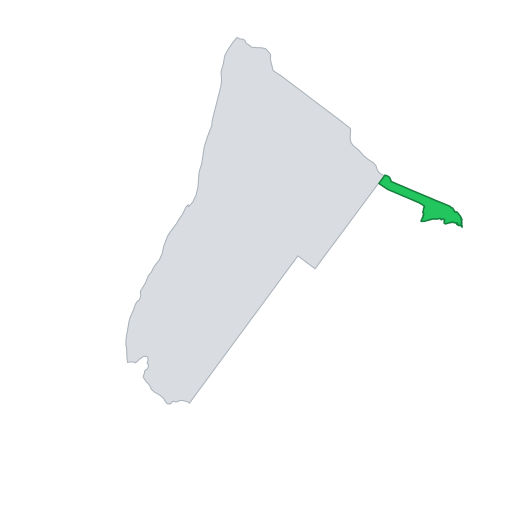 Caprivi highlighted on a map of Namibia, rotated 37°
{"feature_id": "NAM-3356", "entity_name": "Caprivi", "entity_type": "Region", "adm_level": 1, "iso_a3": "NAM", "parent_name": "Namibia", "parent_adm1": "", "projection": "equal_earth", "projection_center": [23.77, -17.975], "detail": "fine", "context": "in_parent", "style": "filled", "palette": "green", "viewbox_px": 512, "rotation_deg": 37, "n_neighbors": 0, "source": "natural_earth", "source_scale": "10m", "svg_char_len": 6226}
<svg xmlns="http://www.w3.org/2000/svg" viewBox="0 0 512 512"><g transform="rotate(37 256 256)"><path d="M362.2,104.4L366.9,103.2L371.3,102.0L376.5,100.9L380.6,100.0L381.7,99.7L391.6,100.8L395.9,101.5L397.4,102.3L399.4,104.2L403.0,108.8L402.1,108.7L395.4,109.6L392.9,110.9L387.2,116.4L386.0,115.7L384.6,114.5L383.5,114.2L381.0,115.5L378.5,117.1L375.7,119.3L373.5,121.5L372.7,122.7L369.2,127.2L368.0,127.9L367.0,128.2L366.6,128.0L366.2,126.1L364.0,121.6L360.5,115.6L359.5,115.1L358.8,114.8L356.2,115.1L348.6,116.8L342.3,118.2L332.6,120.6L322.1,122.6L315.7,123.8L310.1,124.1L310.1,130.0L310.2,141.9L310.3,153.7L310.4,165.6L310.5,177.4L310.6,189.2L310.6,201.0L310.7,212.7L310.8,224.5L310.9,229.6L310.7,230.7L307.5,230.7L300.3,230.7L294.3,230.7L289.4,230.7L289.5,237.7L289.5,245.9L289.6,254.1L289.7,262.3L289.8,270.5L289.9,278.7L290.0,286.9L290.1,295.1L290.2,303.2L290.2,309.4L290.2,310.1L290.4,322.0L290.5,334.6L290.6,347.2L290.8,359.8L290.9,372.3L291.1,384.8L291.2,397.3L291.4,409.7L291.4,413.7L289.3,413.6L285.0,415.2L282.2,417.1L281.1,419.6L279.5,421.0L277.6,421.6L276.7,422.8L277.0,424.8L276.2,426.2L274.5,427.3L271.7,427.0L267.7,425.3L262.7,425.0L256.7,425.8L252.3,425.4L249.7,423.7L246.8,422.8L243.9,422.5L242.1,421.8L238.6,420.6L237.9,418.4L237.4,416.8L236.4,415.1L236.2,413.7L237.0,412.6L237.1,410.9L236.5,408.6L235.5,407.5L234.1,407.5L233.2,406.6L232.8,404.8L232.0,403.4L230.0,401.9L227.4,403.0L226.3,404.6L225.6,407.2L225.0,408.5L224.7,410.6L224.6,412.1L224.0,413.7L223.3,414.4L222.6,414.1L221.3,414.7L218.4,417.1L217.6,418.3L215.2,416.1L208.1,407.5L205.6,405.3L201.9,400.1L193.6,383.9L192.4,380.7L190.6,372.8L188.7,367.0L188.5,363.6L189.2,361.7L188.7,359.1L187.7,356.8L184.9,353.8L183.9,343.6L181.9,337.0L182.1,331.6L181.1,326.6L181.0,323.4L181.2,317.4L179.6,310.4L176.4,303.6L173.5,293.7L173.0,289.4L173.0,277.8L172.4,273.0L172.3,267.4L171.1,261.6L170.5,258.5L171.2,256.0L171.7,256.8L172.5,257.1L172.9,253.8L173.0,250.9L171.5,243.6L168.3,236.1L160.5,224.0L158.6,219.4L157.4,215.5L148.7,199.5L144.9,188.1L142.1,178.3L139.3,173.8L125.9,141.8L123.0,136.7L117.8,130.6L116.6,128.6L114.5,122.7L110.5,114.9L109.4,107.6L109.0,99.3L109.3,92.9L112.7,92.3L115.1,90.6L117.3,90.5L119.5,91.8L121.8,91.9L122.7,91.7L126.8,91.9L129.1,90.4L131.9,88.8L133.4,87.5L135.7,86.1L138.6,84.7L140.3,84.8L142.4,85.4L145.2,85.9L146.8,86.8L148.8,89.8L151.7,92.5L153.8,94.1L156.3,96.2L157.1,97.0L158.2,97.5L158.8,97.6L163.3,97.3L167.4,97.0L171.8,97.0L180.2,97.0L188.5,97.0L196.8,97.0L205.1,97.1L213.4,97.1L221.7,97.1L230.0,97.1L238.4,97.1L241.8,97.1L247.7,97.2L253.9,97.3L254.6,97.5L255.3,98.1L255.9,98.6L258.2,102.3L261.0,106.2L263.4,108.0L266.2,109.1L268.8,109.5L271.3,109.3L275.4,109.8L281.1,111.0L287.0,111.4L293.1,110.9L297.4,111.6L299.9,113.5L302.5,114.8L305.1,115.4L308.6,115.0L313.1,113.6L316.8,113.8L318.6,114.8L319.7,114.9L326.2,113.3L331.4,112.1L339.3,110.1L345.8,108.5L355.5,106.1L362.2,104.4Z" fill="#d9dde1" stroke="#a8b0b8" stroke-width="1"/><path d="M319.0,115.3L319.4,115.1L321.0,114.7L326.4,113.4L331.8,112.0L337.3,110.7L342.7,109.4L347.2,108.2L351.6,107.1L356.0,106.0L360.5,104.8L362.3,104.4L363.1,104.2L363.9,104.0L364.3,104.0L365.0,103.8L365.9,103.5L366.8,103.3L367.8,103.0L368.7,102.8L369.6,102.5L370.5,102.3L371.5,102.1L372.4,101.8L373.3,101.6L374.3,101.3L375.2,101.1L376.1,100.8L377.1,100.6L378.0,100.3L378.9,100.1L379.8,99.8L380.5,99.7L380.9,99.6L381.3,99.7L382.4,99.8L382.7,99.9L382.8,99.8L383.8,99.5L384.1,99.4L384.5,99.5L385.5,99.9L386.1,100.1L386.5,100.4L387.1,100.5L387.4,100.9L387.6,101.0L387.9,101.2L388.1,101.2L388.3,101.2L388.5,101.1L388.9,100.7L389.1,100.5L389.2,100.3L389.4,100.1L389.6,100.0L390.6,100.0L392.4,100.4L392.5,100.5L392.8,100.8L393.0,100.8L393.7,100.8L395.2,101.2L395.8,101.5L396.1,102.0L396.5,101.8L396.8,102.0L397.0,102.5L397.4,102.8L397.6,102.9L398.0,102.7L398.3,102.7L398.1,103.2L398.1,103.4L398.3,103.7L398.4,103.8L398.5,103.8L398.8,103.8L399.3,104.4L399.5,105.3L399.7,105.5L399.9,105.6L400.0,105.8L400.1,106.0L400.3,105.7L400.7,106.1L400.8,106.3L400.8,106.7L400.8,106.8L400.9,107.0L401.1,107.1L401.3,107.2L401.5,107.7L401.7,107.8L402.1,107.8L402.4,107.9L402.7,108.2L402.9,108.5L403.0,108.8L401.6,108.5L400.7,108.5L400.0,109.4L399.3,109.8L398.6,109.8L398.4,109.2L397.8,109.7L397.5,109.8L397.4,109.4L397.0,109.6L396.9,109.5L396.7,109.2L396.6,108.6L396.4,108.7L396.3,108.8L396.2,109.0L395.9,109.3L394.3,110.0L393.9,110.0L393.5,110.2L393.0,110.7L392.5,110.8L392.4,110.9L392.3,111.3L392.1,111.4L391.9,111.5L391.7,111.6L391.4,111.8L390.8,112.8L390.1,113.4L389.8,113.8L388.7,115.5L388.2,116.1L388.1,116.3L387.9,116.4L386.9,116.5L386.7,116.6L385.9,115.7L385.9,115.3L385.8,115.1L385.6,115.0L385.5,114.8L385.1,113.9L384.8,113.6L384.4,113.5L383.6,113.4L383.3,113.6L382.9,114.0L382.3,115.4L382.1,115.6L381.9,115.6L381.5,115.3L381.3,115.2L380.9,115.1L380.4,115.2L379.7,115.7L378.6,117.3L377.9,118.0L377.1,118.2L376.9,118.3L376.3,119.1L376.1,119.3L375.5,119.6L375.2,119.9L375.1,120.0L374.9,120.0L374.7,120.0L373.9,120.7L373.8,121.7L373.5,122.1L372.8,122.7L372.5,123.0L372.2,123.8L371.9,124.1L371.6,124.2L369.5,127.1L369.2,127.3L368.8,127.4L368.2,128.2L368.1,128.3L367.2,128.8L366.8,128.8L366.6,128.5L366.4,127.3L366.0,126.0L365.9,125.6L366.2,125.0L366.0,124.4L365.3,123.4L365.4,122.9L365.3,122.7L365.1,122.4L365.0,122.1L364.9,121.8L364.7,121.6L364.4,121.6L364.1,121.4L363.9,121.2L363.6,120.7L363.3,120.3L363.1,120.6L362.9,120.6L362.7,120.5L362.6,120.4L362.6,119.8L362.6,119.6L362.5,119.3L361.8,118.3L361.5,117.6L361.3,117.2L361.2,117.0L361.2,116.8L361.2,116.1L360.8,115.9L360.8,115.7L360.8,115.3L360.8,115.1L360.6,115.0L360.3,114.8L359.5,114.8L358.0,114.9L356.2,115.1L353.6,115.4L351.7,115.9L349.9,116.4L348.0,116.8L346.2,117.3L344.4,117.7L342.6,118.2L340.7,118.6L338.9,119.1L337.1,119.6L335.2,120.0L333.4,120.5L331.6,120.9L329.8,121.4L327.9,121.8L326.1,122.3L324.3,122.8L322.4,123.2L322.1,123.3L321.7,123.4L321.3,123.5L321.0,123.6L320.6,123.6L320.1,123.6L319.1,123.7L318.1,123.7L317.1,123.8L316.1,123.8L314.9,123.9L313.6,124.0L312.4,124.0L311.2,124.1L310.5,124.1L310.3,113.9L310.6,113.7L312.6,113.0L313.0,113.2L313.3,113.1L313.7,112.9L314.1,112.8L314.4,112.9L315.3,112.8L315.6,112.9L316.6,113.6L317.9,114.2L318.5,114.6L318.9,115.2L319.0,115.3Z" fill="#22c55e" stroke="#15803d" stroke-width="1.5"/></g></svg>